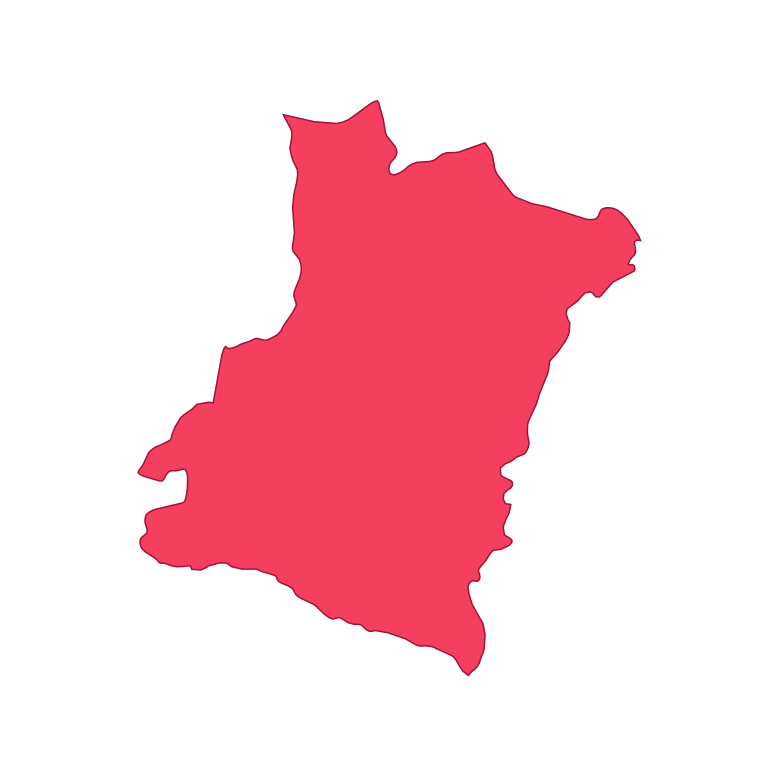 SVG path tracing the border of San Pedro, rotated 209°
{"feature_id": "PRY-606", "entity_name": "San Pedro", "entity_type": "Department", "adm_level": 1, "iso_a3": "PRY", "parent_name": "Paraguay", "parent_adm1": "", "projection": "natural_earth1", "projection_center": [-56.605, -24.173], "detail": "fine", "context": "isolated", "style": "filled", "palette": "rose", "viewbox_px": 768, "rotation_deg": 209, "n_neighbors": 0, "source": "natural_earth", "source_scale": "10m", "svg_char_len": 4767}
<svg xmlns="http://www.w3.org/2000/svg" viewBox="0 0 768 768"><g transform="rotate(209 384 384)"><path d="M602.6,570.7L572.4,579.5L551.9,588.8L546.6,593.5L542.9,598.5L531.6,622.8L529.4,626.3L527.2,628.5L525.0,627.4L513.1,615.3L504.5,604.5L502.8,603.0L501.2,602.0L489.4,597.1L486.9,595.1L485.1,593.0L484.4,590.8L484.2,588.3L484.4,586.1L485.5,581.4L485.3,578.1L484.2,574.4L480.9,571.2L478.6,570.9L475.8,572.5L473.4,575.3L471.3,578.5L469.6,582.2L468.3,585.9L466.0,590.1L462.6,593.9L451.6,601.0L448.9,603.6L447.3,606.7L446.1,609.9L444.2,613.4L441.7,616.3L433.9,621.0L431.2,623.0L412.6,643.9L403.1,639.3L401.9,638.1L400.6,637.2L391.2,625.6L386.8,622.3L362.9,611.8L358.9,611.3L341.7,613.5L327.7,617.9L287.4,626.1L284.0,627.4L282.0,628.5L279.6,630.2L278.8,631.2L278.4,632.3L278.0,634.0L278.0,635.7L278.1,636.8L278.5,638.7L278.5,639.9L278.4,641.3L277.9,642.8L276.5,644.6L273.7,646.8L268.6,648.8L263.9,649.2L259.2,648.6L250.4,645.8L233.8,637.4L229.1,633.9L232.6,632.4L233.8,630.5L232.9,628.0L229.9,624.4L227.7,620.9L227.6,618.1L228.5,615.3L229.0,611.8L228.4,607.0L226.7,607.2L224.5,608.9L222.2,608.6L220.1,605.8L220.0,604.0L233.2,584.2L237.0,566.6L237.9,564.5L240.9,563.0L243.1,563.6L245.3,564.7L248.3,564.5L252.2,561.3L253.7,556.5L254.8,550.7L260.3,538.4L258.6,533.6L254.6,529.7L251.1,527.4L249.2,523.5L247.4,519.7L246.4,515.6L246.2,509.5L247.4,496.9L249.6,487.1L250.1,484.1L247.1,476.4L245.9,472.0L243.2,450.2L241.1,441.2L239.7,422.2L238.7,418.2L235.9,412.5L233.9,409.3L229.0,403.4L227.9,401.2L227.1,398.6L226.8,394.6L226.9,392.8L227.2,391.5L228.1,389.9L232.7,384.1L234.8,378.9L239.3,372.9L241.6,366.9L237.6,361.0L235.3,360.4L226.1,361.0L223.6,359.9L222.5,357.3L222.8,354.2L224.4,351.4L226.0,346.5L224.0,341.2L219.8,338.2L214.7,340.1L212.2,332.5L211.7,324.4L210.5,316.9L205.8,310.7L203.2,310.2L199.7,310.2L196.6,309.6L195.3,307.4L196.2,303.8L198.1,300.8L200.0,298.5L200.8,297.0L201.8,296.0L207.7,291.6L208.7,288.6L209.4,279.1L211.2,270.0L211.3,267.6L210.4,265.9L208.5,264.2L206.6,262.0L205.7,259.0L206.7,256.7L211.3,254.8L212.7,251.9L212.6,248.7L211.5,246.2L207.6,241.3L199.8,233.8L181.3,222.4L174.2,213.9L167.8,200.4L167.0,196.1L166.7,192.8L165.4,186.3L165.4,182.5L166.1,179.2L168.3,173.5L168.9,170.0L175.4,171.0L178.5,172.4L179.7,173.2L181.1,173.8L187.7,177.8L188.9,178.3L191.7,179.1L193.4,179.3L210.4,177.9L211.0,178.0L213.0,177.9L215.7,177.2L220.9,175.1L225.2,172.4L227.2,171.7L229.9,171.4L241.8,171.5L260.1,168.3L271.4,164.4L273.3,163.2L274.3,162.2L275.5,161.3L277.0,160.7L278.9,160.5L281.5,160.8L283.5,161.3L285.5,162.1L287.1,162.2L289.1,161.7L294.0,159.2L297.6,158.3L300.3,157.8L306.7,158.3L308.9,158.1L310.6,157.5L312.2,156.2L314.4,153.9L316.1,153.3L318.4,153.0L324.6,153.8L337.5,157.2L352.4,156.3L356.0,156.4L358.6,156.9L364.8,160.6L367.3,160.9L370.7,160.9L377.3,160.1L380.5,160.4L382.6,161.0L384.3,163.2L386.7,163.5L390.5,163.0L398.7,161.0L402.4,160.5L404.9,160.5L406.7,159.8L418.1,153.4L428.3,150.4L430.6,150.5L432.2,150.8L433.8,150.9L435.7,150.7L441.8,147.3L445.2,143.6L448.7,140.7L450.8,136.8L454.0,132.5L462.3,128.7L465.0,130.9L466.1,130.5L468.2,129.3L471.1,127.0L477.1,123.5L481.9,122.0L487.3,121.2L490.1,120.4L492.5,119.0L493.8,118.8L497.8,120.2L501.2,120.8L512.0,121.5L515.7,122.6L517.9,124.0L519.9,126.1L521.1,128.2L521.7,130.1L521.6,131.9L521.0,133.9L519.7,137.0L519.3,138.6L519.6,140.1L520.8,142.0L525.1,146.2L526.1,147.4L527.2,149.3L528.0,151.5L528.4,153.2L528.5,154.3L528.1,156.0L527.5,157.6L525.8,160.4L523.7,163.1L502.5,182.4L501.6,183.9L501.6,186.0L502.2,188.6L503.5,192.7L505.6,197.8L510.2,206.8L513.3,210.7L515.9,212.7L517.3,212.7L518.7,211.9L522.6,208.3L524.4,206.9L527.3,205.4L528.7,204.3L529.6,202.9L530.2,200.9L530.5,198.2L530.4,193.8L530.7,192.2L531.7,191.2L534.0,190.2L549.7,186.8L553.2,186.6L555.8,187.1L556.4,188.2L556.5,189.7L555.9,193.2L555.6,197.1L556.5,208.4L556.4,210.2L556.0,211.9L554.3,216.3L552.7,218.8L550.0,222.1L544.3,230.5L543.8,231.8L543.9,233.3L545.1,238.0L545.9,245.5L545.7,253.3L545.6,255.2L545.2,256.9L544.1,259.9L539.6,269.1L538.2,274.3L537.8,275.3L537.2,276.0L528.6,283.0L526.2,284.1L524.2,284.5L539.9,330.9L541.2,337.9L540.7,340.1L539.1,339.6L538.5,339.6L537.4,339.6L536.3,340.1L535.2,340.9L531.3,345.0L528.1,349.9L522.3,356.1L519.0,360.9L517.9,361.9L516.6,362.5L510.4,364.1L509.1,364.8L508.0,365.6L506.9,366.5L501.9,373.9L501.1,375.5L499.9,380.2L500.1,387.0L498.6,401.3L498.6,407.2L499.1,411.1L504.6,416.3L506.0,418.0L507.1,420.8L507.7,424.3L508.8,434.3L509.9,439.0L511.2,442.7L512.7,445.6L514.5,448.1L516.6,450.4L518.7,452.0L521.0,453.2L525.8,455.1L527.8,456.1L529.3,457.6L530.5,459.5L535.7,473.0L549.3,493.7L554.7,506.0L558.4,518.8L561.1,525.4L563.9,529.7L571.5,534.9L575.8,538.9L580.7,544.6L583.0,551.7L584.8,556.1L586.4,559.3L589.0,561.8L602.6,570.7Z" fill="#f43f5e" stroke="#9f1239" stroke-width="1.5"/></g></svg>